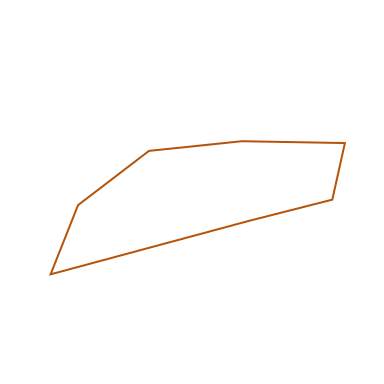 map outline of Harbour Island (Robinson projection), rotated 341°
{"feature_id": "BHS-5026", "entity_name": "Harbour Island", "entity_type": "District", "adm_level": 1, "iso_a3": "BHS", "parent_name": "The Bahamas", "parent_adm1": "", "projection": "robinson", "projection_center": [-76.765, 25.545], "detail": "fine", "context": "isolated", "style": "outline", "palette": "amber", "viewbox_px": 384, "rotation_deg": 341, "n_neighbors": 0, "source": "natural_earth", "source_scale": "10m", "svg_char_len": 260}
<svg xmlns="http://www.w3.org/2000/svg" viewBox="0 0 384 384"><g transform="rotate(341 192 192)"><path d="M164.7,139.1L255.6,160.2L352.5,195.5L322.2,244.9L237.4,237.9L31.5,223.8L80.0,167.3L164.7,139.1Z" fill="none" stroke="#b45309" stroke-width="2"/></g></svg>